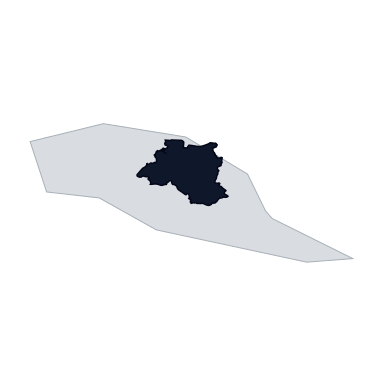 Ngerutchei, Ngeremlengui, Palau shown in context, rotated 94°
{"feature_id": "81905179B75346360802885", "entity_name": "Ngerutchei", "entity_type": "district", "adm_level": 2, "iso_a3": "PLW", "parent_name": "Palau", "parent_adm1": "Ngeremlengui", "projection": "natural_earth1", "projection_center": [134.542, 7.526], "detail": "fine", "context": "in_parent", "style": "filled", "palette": "ink", "viewbox_px": 384, "rotation_deg": 94, "n_neighbors": 0, "source": "geoboundaries", "source_scale": "gbopen_adm2", "svg_char_len": 5390}
<svg xmlns="http://www.w3.org/2000/svg" viewBox="0 0 384 384"><g transform="rotate(94 192 192)"><path d="M202.1,337.0L153.0,357.0L130.0,285.2L137.6,202.0L170.2,137.9L205.6,117.4L212.9,110.1L247.2,27.0L254.0,72.8L232.3,224.9L204.4,284.1L202.1,337.0Z" fill="#d9dde1" stroke="#a8b0b8" stroke-width="1"/><path d="M203.7,191.8L202.5,190.3L202.8,188.8L202.5,187.0L203.1,186.3L202.8,181.7L202.5,180.5L203.2,178.7L203.4,178.1L203.9,176.8L204.2,175.2L204.2,174.1L203.7,173.0L203.0,171.8L202.6,171.7L202.2,171.5L201.9,171.2L201.6,170.5L201.6,169.6L201.4,168.9L201.3,168.3L201.1,168.0L200.7,167.8L200.0,166.8L197.7,165.4L196.7,164.6L196.2,163.7L196.0,163.0L195.8,162.1L195.7,161.6L195.1,160.6L194.8,159.5L195.0,158.6L194.8,157.3L194.3,156.3L193.9,155.8L193.3,156.1L191.7,159.3L190.8,159.8L189.7,159.6L188.9,158.6L188.1,158.3L187.7,158.9L186.1,161.5L184.6,163.1L184.4,163.6L184.5,164.4L183.2,165.8L182.9,165.5L182.2,165.0L181.6,164.9L181.1,165.8L181.5,167.0L181.5,168.4L181.2,169.6L180.2,169.9L178.8,169.7L176.7,168.6L175.3,168.6L173.4,168.1L172.2,167.5L171.6,167.6L170.9,167.6L169.7,167.4L169.1,166.8L168.7,166.8L167.6,168.1L166.0,168.6L165.6,168.5L165.3,168.1L165.0,167.5L163.6,164.9L162.0,164.8L161.2,164.6L160.7,164.1L159.9,164.3L159.3,164.4L158.4,164.6L156.3,164.3L155.9,164.3L155.7,164.3L155.6,164.6L155.5,164.8L155.6,165.0L155.5,165.3L155.4,165.5L155.7,166.0L155.9,166.2L156.0,166.2L156.3,166.3L156.4,166.5L156.3,166.9L156.4,167.0L156.3,167.4L156.3,167.5L156.2,168.1L156.3,168.3L156.2,168.7L156.2,168.8L155.9,169.0L155.7,169.3L155.6,169.5L155.4,169.6L155.2,169.7L155.1,169.8L155.0,170.0L154.9,169.9L154.7,170.0L154.4,170.2L154.2,170.4L154.1,170.6L153.9,170.9L153.8,171.1L153.8,171.3L153.7,171.5L153.4,171.4L153.3,171.5L153.2,171.4L152.7,171.5L152.4,171.8L152.2,172.2L151.9,172.4L151.8,172.2L151.7,172.2L151.4,172.3L151.1,172.6L151.0,172.9L150.8,173.1L150.6,173.3L150.4,173.4L150.1,173.6L149.7,173.7L149.5,173.8L149.4,173.9L148.8,174.3L148.7,174.2L148.6,174.3L148.4,174.3L148.2,174.4L148.0,174.2L147.8,174.2L147.7,174.3L147.4,174.3L146.9,174.4L146.9,174.1L146.7,173.9L146.5,173.7L146.3,173.4L146.3,173.1L146.3,172.9L146.2,172.8L146.2,172.7L145.9,172.5L145.8,172.1L145.5,171.4L145.4,171.2L145.2,171.3L144.8,171.2L144.8,170.9L144.7,170.8L144.4,170.7L144.1,170.5L143.8,170.5L143.7,170.3L143.5,170.2L143.2,170.2L142.9,170.4L142.8,170.8L142.7,170.9L142.6,171.0L142.2,171.2L142.0,171.3L141.6,172.2L141.6,172.3L141.8,172.5L142.0,172.5L141.8,172.5L141.8,172.8L141.9,173.5L142.0,173.5L141.9,173.8L141.8,174.0L141.8,174.5L141.6,174.8L141.6,175.1L141.7,175.4L142.1,175.6L141.9,175.8L141.8,176.2L141.7,176.2L141.6,176.3L141.6,177.0L141.6,177.3L141.8,177.4L143.0,179.3L144.5,182.5L146.0,186.5L146.1,190.3L145.6,195.5L145.5,198.3L146.9,199.3L148.4,199.7L148.4,203.7L142.8,203.7L142.2,204.2L141.2,205.8L141.5,216.3L142.1,216.9L142.1,222.3L142.4,222.2L142.6,222.1L142.7,221.9L143.5,221.8L144.3,222.1L145.1,222.5L145.4,222.6L145.6,222.5L146.3,222.4L146.5,222.3L146.8,222.1L146.9,221.9L147.1,221.8L147.2,221.5L147.6,219.7L147.8,219.5L148.0,219.3L148.4,219.1L149.2,219.6L149.4,219.8L149.6,219.9L150.1,220.5L150.3,220.8L150.5,220.9L150.5,221.0L150.7,221.4L150.7,222.0L150.7,222.6L150.6,222.8L150.5,223.1L150.6,223.3L151.0,223.2L151.6,222.7L152.0,222.5L152.3,222.6L152.5,222.9L152.9,223.4L153.0,223.4L153.9,222.8L154.7,222.0L154.9,221.8L155.0,221.4L155.1,221.7L155.0,221.9L154.9,222.1L153.7,223.1L153.2,223.5L152.9,223.5L152.6,223.3L152.3,222.8L152.1,222.7L151.9,222.7L151.3,223.1L151.2,223.2L150.8,223.4L150.5,223.6L150.4,223.7L150.3,223.8L150.5,224.1L150.9,224.3L151.5,224.3L151.7,224.5L151.8,224.8L151.7,225.3L151.8,225.6L152.0,225.7L152.4,225.2L152.5,225.0L152.9,224.9L153.1,225.1L153.1,225.3L152.9,226.0L153.0,227.2L153.5,228.7L153.4,229.1L153.2,229.4L153.4,229.6L153.5,229.7L153.8,229.6L154.2,229.4L154.4,229.4L154.6,229.7L154.6,230.0L154.4,230.4L154.6,230.6L155.3,230.6L155.5,230.6L156.0,230.9L156.7,231.2L157.4,231.2L157.4,231.3L157.4,231.8L157.6,232.1L157.8,232.2L158.0,232.0L158.0,231.5L158.2,231.1L158.4,231.1L158.7,231.3L159.3,231.3L159.5,231.4L160.1,230.4L160.6,230.1L162.6,229.6L164.1,229.6L165.2,230.1L165.4,230.6L165.1,230.9L165.1,231.4L166.2,233.2L166.0,234.3L165.9,234.9L166.3,235.7L167.1,236.5L167.6,237.3L167.6,237.9L167.1,238.1L166.7,238.4L167.0,239.1L167.9,239.1L168.7,239.2L170.5,240.8L171.8,242.9L178.4,247.9L178.8,248.0L179.4,248.0L179.7,247.9L180.2,247.4L180.7,245.9L180.8,245.6L180.8,244.7L180.5,243.4L179.9,242.8L179.5,242.2L179.5,241.6L180.0,239.2L179.8,237.1L180.6,235.8L181.1,235.9L181.4,236.1L181.6,236.6L182.0,236.7L182.5,236.5L182.8,236.1L183.2,235.3L184.0,234.5L185.3,234.0L186.3,233.7L187.2,234.1L187.2,233.3L186.7,230.4L186.5,228.5L186.6,227.3L187.0,225.2L187.4,224.0L187.5,223.3L187.5,222.9L187.4,222.1L186.7,220.3L186.2,219.1L186.4,218.7L186.2,218.1L185.8,217.9L185.1,218.1L184.9,217.8L183.4,216.1L182.5,215.3L182.1,213.8L182.5,213.2L182.9,213.0L183.8,213.0L185.2,212.4L185.8,211.8L185.8,210.9L185.8,210.1L186.1,209.5L186.6,209.0L186.8,208.2L187.7,207.5L189.4,206.8L190.7,205.7L193.0,201.7L194.8,198.9L195.0,198.3L195.2,197.9L193.8,196.2L193.9,195.8L194.2,195.3L195.0,194.9L196.5,194.3L196.9,194.4L197.1,194.5L197.3,194.3L197.3,194.0L197.5,193.8L198.0,194.0L198.2,194.4L198.4,194.6L198.7,194.8L199.0,194.5L199.4,193.4L200.0,192.5L200.7,192.7L201.2,193.0L202.2,192.9L203.0,192.4L203.3,192.0L203.5,191.7L203.7,191.8Z" fill="#0f172a" stroke="#020617" stroke-width="1.5"/></g></svg>